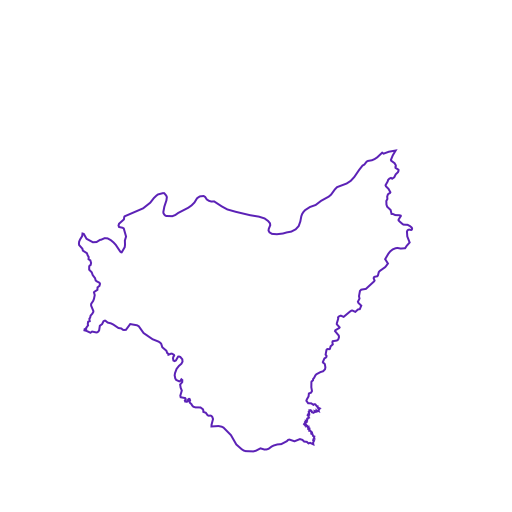 Chiang Khan, Loei, Thailand, rotated 35°
{"feature_id": "78962969B15954858222696", "entity_name": "Chiang Khan", "entity_type": "district", "adm_level": 2, "iso_a3": "THA", "parent_name": "Thailand", "parent_adm1": "Loei", "projection": "orthographic", "projection_center": [101.786, 17.871], "detail": "fine", "context": "isolated", "style": "outline", "palette": "violet", "viewbox_px": 512, "rotation_deg": 35, "n_neighbors": 0, "source": "geoboundaries", "source_scale": "gbopen_adm2", "svg_char_len": 6159}
<svg xmlns="http://www.w3.org/2000/svg" viewBox="0 0 512 512"><g transform="rotate(35 256 256)"><path d="M411.0,377.4L409.8,376.2L409.5,374.1L408.5,374.1L408.1,372.9L408.7,372.2L407.7,371.4L407.3,370.4L406.1,370.7L404.3,369.5L403.4,369.9L402.8,369.4L403.2,368.6L403.0,368.4L401.0,368.1L399.8,368.6L399.3,367.3L399.0,367.4L398.7,366.9L398.2,367.4L398.0,366.7L397.4,366.9L397.0,366.0L396.6,366.5L395.6,365.7L394.9,366.5L394.7,365.9L394.0,365.6L393.4,366.5L392.5,365.9L392.2,366.3L391.8,366.2L391.8,365.0L392.3,364.7L392.4,364.3L391.7,363.9L392.2,363.4L391.6,363.3L391.8,362.7L391.3,362.3L392.3,361.7L391.7,361.0L391.9,360.5L391.2,359.8L392.1,358.1L391.5,357.9L391.0,357.0L390.2,356.9L390.7,355.5L390.2,354.9L389.5,355.5L389.4,354.1L388.6,353.4L389.0,352.7L388.2,351.8L389.0,351.1L389.4,351.4L389.9,351.0L390.9,351.3L391.5,351.9L393.1,351.4L393.1,350.7L394.4,349.3L393.7,349.1L394.5,348.8L394.1,348.0L395.1,348.3L395.7,347.2L396.3,347.1L395.6,346.6L395.8,345.5L395.3,345.2L395.6,344.3L394.5,344.5L394.2,345.0L393.5,344.8L392.7,343.8L391.9,344.2L389.7,343.5L388.7,344.0L388.4,345.0L385.8,345.0L383.2,346.7L380.3,345.7L379.9,344.4L379.6,340.9L378.2,338.3L379.5,336.3L379.3,334.5L376.6,331.8L373.7,327.5L373.5,326.9L374.0,325.2L373.3,323.8L373.5,322.5L373.1,319.7L373.3,318.2L375.4,314.1L377.1,311.9L377.5,309.2L376.7,307.4L374.6,305.3L373.9,304.9L372.2,304.9L371.6,304.6L370.8,300.7L371.5,299.0L371.5,298.1L371.0,297.3L369.6,296.9L367.6,292.5L367.8,291.3L369.6,290.2L369.8,289.6L368.9,287.2L369.6,284.4L368.0,282.8L367.7,281.8L370.7,278.9L371.2,277.5L371.1,276.6L370.5,274.8L369.4,273.7L363.8,272.2L363.6,271.3L365.5,267.2L365.4,266.5L361.4,265.6L360.8,264.8L359.3,260.2L358.4,259.2L358.7,257.7L359.7,256.2L362.7,255.6L364.8,247.8L365.5,246.0L366.2,245.4L369.4,244.8L370.2,241.3L371.5,240.0L370.7,236.3L366.8,235.7L365.7,235.0L365.2,231.5L363.4,229.8L361.2,225.0L361.5,223.2L364.9,219.9L367.3,209.0L367.2,208.1L365.1,206.7L364.8,205.8L365.1,205.0L367.0,203.0L367.0,201.9L365.8,198.7L366.0,197.2L368.2,191.0L368.3,189.8L368.4,186.5L363.6,184.5L363.1,178.1L363.3,175.2L364.2,172.2L365.8,169.7L367.2,168.3L370.3,166.9L373.7,164.1L373.6,161.2L374.1,156.8L368.7,153.2L365.7,149.5L365.4,148.3L365.7,147.2L366.5,146.4L368.2,145.7L368.5,145.0L368.2,144.1L367.3,143.4L365.1,143.2L362.3,143.5L359.0,145.6L358.0,145.8L354.0,145.4L352.4,145.1L351.9,144.4L351.7,140.1L351.4,139.9L350.2,140.3L346.6,142.6L344.0,143.1L342.9,143.8L339.9,141.1L335.2,140.4L333.4,139.1L331.2,136.2L330.9,133.9L329.4,132.1L328.8,130.2L328.8,129.2L329.6,127.6L329.5,126.7L326.0,125.0L322.5,124.4L321.5,123.7L321.1,119.5L320.6,117.8L320.9,116.1L321.8,114.6L323.2,114.6L324.1,112.2L323.6,109.0L324.2,106.0L323.9,104.5L323.2,103.6L319.8,103.8L319.1,103.1L319.0,102.1L318.4,101.5L316.3,100.5L312.1,100.4L311.4,99.9L310.3,95.1L309.9,89.5L305.0,94.4L301.8,99.0L300.1,99.0L298.7,105.7L297.6,108.5L296.1,111.0L293.2,113.9L292.5,115.2L292.3,119.0L291.4,120.8L291.1,126.2L291.2,134.9L290.5,140.1L288.7,144.6L282.9,153.1L282.4,156.2L282.3,162.7L281.5,165.7L277.7,173.4L275.6,180.0L272.1,184.9L269.9,190.3L269.6,192.8L269.7,195.1L270.3,197.4L272.5,202.3L273.8,207.0L273.2,211.4L270.9,215.8L267.7,219.0L265.2,222.1L260.6,226.2L256.4,228.7L253.5,228.9L251.7,228.0L250.9,226.5L250.0,222.6L248.7,221.2L245.9,220.4L241.5,220.3L235.8,222.1L227.7,226.0L214.1,231.4L205.8,234.3L199.6,235.0L190.4,235.3L188.2,237.0L185.8,237.8L183.2,237.9L180.5,236.8L178.7,236.9L175.9,239.3L175.2,240.8L174.6,242.6L174.9,247.5L174.2,251.5L172.8,255.4L167.6,265.3L166.4,268.7L164.6,271.4L159.5,274.7L158.6,274.9L157.2,274.7L155.8,274.1L154.9,273.2L152.6,268.1L150.7,261.8L149.2,258.9L147.8,258.0L144.8,257.2L143.7,257.9L140.4,261.8L139.8,263.6L139.1,267.1L138.8,273.0L136.2,281.7L125.6,298.9L125.7,299.6L126.8,301.8L125.3,308.1L125.9,309.9L127.2,310.8L130.5,309.4L131.9,309.3L138.4,314.6L139.7,318.5L142.3,322.0L143.4,324.1L143.9,330.0L143.6,330.3L142.4,330.3L134.7,327.3L131.5,326.6L128.0,326.3L124.3,326.7L121.8,328.2L119.8,331.5L119.0,332.2L117.4,336.0L114.5,338.3L107.3,339.1L102.3,336.7L101.0,337.1L102.2,339.4L102.4,343.3L102.9,345.7L103.9,347.5L104.9,348.5L109.6,349.6L111.1,350.9L115.9,350.7L117.7,352.0L119.5,352.8L120.7,354.7L122.8,354.6L124.9,356.3L125.7,358.2L125.2,359.4L125.4,360.3L127.2,362.9L130.8,363.6L133.2,365.3L136.9,366.5L138.7,368.0L140.0,368.1L143.1,367.7L144.2,368.3L144.9,370.3L144.2,372.6L145.5,374.7L144.1,378.1L144.1,378.7L146.3,380.5L147.8,383.9L148.4,386.2L148.4,389.6L148.8,390.4L149.5,391.3L154.4,394.4L154.8,395.1L155.0,397.1L154.7,399.7L155.5,401.6L155.5,403.0L157.2,404.8L156.2,406.1L157.2,408.2L158.2,409.1L158.1,412.3L158.7,413.1L157.6,414.2L158.1,415.3L160.0,414.6L164.4,413.8L165.1,411.9L169.1,410.2L169.7,409.6L170.2,408.3L170.1,406.8L168.1,402.7L169.0,400.1L168.5,396.9L169.1,395.8L169.7,395.4L172.7,395.6L175.8,394.4L178.4,394.0L184.6,393.9L187.3,392.6L189.1,392.8L190.2,392.4L191.8,391.1L192.0,383.9L198.3,381.0L200.3,380.8L208.1,383.6L219.0,383.5L225.4,382.0L227.5,382.0L228.7,382.3L231.6,384.5L236.9,385.0L238.9,386.4L240.2,386.4L240.9,387.1L242.5,384.6L243.3,384.2L245.4,384.0L246.1,384.5L246.1,385.9L246.6,387.3L248.3,389.0L249.6,388.8L250.3,387.5L249.9,383.1L250.5,382.5L251.9,382.1L254.9,382.9L256.4,384.7L256.7,387.1L255.9,390.2L255.7,394.0L256.8,398.3L257.8,400.4L260.1,402.6L261.7,403.3L265.1,402.7L265.7,401.5L265.6,399.8L266.8,399.9L267.9,401.6L267.6,404.8L269.8,407.1L272.4,408.8L274.1,413.8L275.3,414.9L279.5,413.0L280.6,413.6L280.6,415.2L281.5,415.8L282.5,414.8L282.8,415.1L283.3,414.6L283.4,413.8L282.7,412.5L283.0,411.5L283.5,411.2L284.8,412.0L285.0,413.2L285.9,414.1L288.1,414.4L289.5,415.1L291.2,415.4L293.3,414.7L297.4,411.9L300.4,412.0L301.3,412.6L302.3,413.9L304.8,413.2L307.7,414.2L308.8,414.0L310.3,412.8L311.2,412.6L312.5,412.9L314.3,414.2L316.4,419.8L317.3,421.2L322.8,416.8L325.8,415.5L327.8,415.2L338.2,417.1L348.0,421.7L355.1,422.5L357.5,422.4L359.4,421.8L365.9,417.6L367.6,415.6L370.0,411.0L373.9,409.7L375.6,408.4L376.9,406.7L378.1,403.1L379.2,401.1L381.6,398.1L384.6,395.6L387.5,390.0L387.8,388.2L388.7,387.2L393.8,385.7L397.0,380.8L399.5,380.0L401.9,380.4L404.2,379.1L406.5,379.4L407.5,378.0L411.0,377.4Z" fill="none" stroke="#5b21b6" stroke-width="2"/></g></svg>